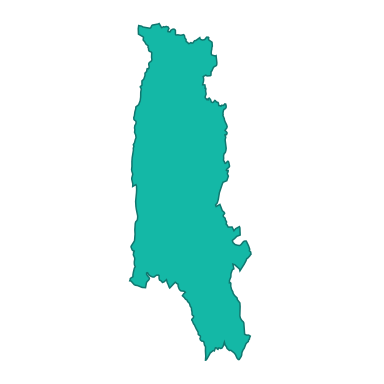 Manjakandriana, Analamanga, Madagascar (Equal Earth projection), rotated 181°
{"feature_id": "10022922B50774823120221", "entity_name": "Manjakandriana", "entity_type": "district", "adm_level": 2, "iso_a3": "MDG", "parent_name": "Madagascar", "parent_adm1": "Analamanga", "projection": "equal_earth", "projection_center": [47.79, -18.821], "detail": "fine", "context": "isolated", "style": "filled", "palette": "teal", "viewbox_px": 384, "rotation_deg": 181, "n_neighbors": 0, "source": "geoboundaries", "source_scale": "gbopen_adm2", "svg_char_len": 6058}
<svg xmlns="http://www.w3.org/2000/svg" viewBox="0 0 384 384"><g transform="rotate(181 192 192)"><path d="M170.3,328.8L171.2,328.4L174.3,329.2L174.9,329.8L175.2,330.9L175.1,333.3L174.7,335.2L174.7,336.6L174.2,338.2L174.6,342.1L177.8,344.3L178.3,345.5L177.9,346.5L178.5,347.1L180.1,347.1L182.0,344.6L184.0,344.1L186.1,344.7L186.5,345.2L186.9,346.5L190.7,343.6L192.1,343.3L193.8,341.0L194.6,340.8L195.7,341.4L197.2,340.4L198.0,340.3L199.1,341.6L199.9,341.9L200.6,342.8L200.6,344.5L201.7,345.7L202.3,348.3L203.1,349.2L205.9,348.5L208.9,348.9L210.7,348.7L211.2,349.2L211.3,350.0L211.4,353.3L211.9,354.0L212.9,354.6L214.3,354.4L215.8,353.5L216.2,353.0L216.5,352.0L217.0,351.6L217.7,352.0L218.7,351.8L218.9,352.0L219.0,352.8L217.9,355.0L218.7,356.5L220.7,357.1L222.1,356.5L223.3,356.8L224.8,355.9L225.3,355.8L227.8,359.9L228.7,359.4L234.6,358.2L235.3,357.4L236.1,355.5L237.0,355.0L243.9,356.1L245.2,356.9L248.2,357.5L248.6,354.4L248.3,348.9L243.8,346.4L243.3,345.9L243.2,345.4L243.5,343.9L243.3,342.7L242.1,341.7L240.5,338.9L238.5,337.5L238.4,337.1L238.5,335.7L237.9,334.8L237.9,333.3L237.5,332.4L237.0,331.9L235.5,331.4L234.7,330.6L234.8,326.0L234.4,323.6L234.9,322.3L236.9,320.7L237.4,319.8L237.5,318.8L237.0,316.4L237.4,314.9L237.7,314.4L238.9,314.6L239.1,314.2L239.5,311.6L240.9,310.3L241.1,309.8L241.0,307.7L242.2,304.0L244.0,302.2L243.9,298.2L244.2,297.5L245.4,296.7L245.6,296.2L244.5,294.2L245.0,290.9L245.0,286.0L245.4,282.3L246.9,278.3L249.6,276.1L249.7,274.2L250.5,271.1L251.0,266.9L251.5,265.6L251.4,263.8L250.9,263.0L249.5,262.0L249.1,261.1L249.3,259.2L250.3,257.4L250.6,255.1L250.2,253.2L250.5,250.7L249.3,248.0L248.9,245.4L249.6,243.5L250.4,240.1L251.5,238.3L250.9,236.6L251.5,234.7L251.3,232.9L252.4,225.3L252.6,221.7L252.5,216.5L252.8,213.4L252.4,211.4L251.8,209.8L251.6,208.4L252.5,204.8L252.4,203.4L251.3,199.0L251.4,196.5L248.2,198.4L247.6,197.1L247.4,193.2L247.5,190.1L248.2,181.6L247.8,176.5L247.3,173.4L245.9,167.1L245.9,165.7L246.1,163.5L246.6,162.5L247.8,161.1L248.2,159.4L248.5,153.0L248.2,148.8L248.6,142.6L248.8,141.9L252.0,136.6L251.9,135.6L250.7,132.9L250.2,132.5L249.1,132.3L248.8,131.9L248.8,131.4L249.4,130.9L249.3,130.1L249.6,128.2L248.2,125.2L248.1,123.8L248.5,121.2L248.4,118.8L248.0,117.4L247.4,116.3L248.3,114.9L249.2,110.8L249.6,108.3L249.6,106.2L252.0,104.6L252.3,104.1L252.3,103.2L252.7,102.1L251.4,101.9L248.2,98.4L247.0,97.8L244.8,97.5L240.2,95.7L236.8,95.5L236.0,100.3L235.5,101.4L233.6,103.5L233.1,104.6L233.1,105.1L233.7,106.0L234.5,106.7L236.0,108.9L236.0,110.3L235.4,110.6L235.0,110.5L233.6,108.3L232.0,107.2L230.1,106.4L228.5,106.3L226.1,108.2L223.9,108.3L223.5,107.8L223.4,104.9L222.9,103.4L221.1,102.4L220.0,101.0L218.3,101.7L216.0,103.9L215.1,100.8L214.3,99.3L213.1,96.3L212.6,95.6L207.2,101.5L206.7,101.2L205.9,100.4L204.4,99.6L204.2,97.5L203.2,94.9L202.4,93.8L201.3,92.9L198.3,92.7L196.9,91.7L198.7,89.8L199.8,88.1L197.8,86.3L196.7,84.8L195.0,83.7L194.5,82.4L192.9,80.9L192.3,79.7L191.8,77.8L190.6,76.2L190.4,74.0L189.9,72.1L189.8,69.5L189.4,68.8L188.4,68.2L188.2,67.2L188.7,66.0L190.0,64.7L190.0,63.9L189.7,63.8L188.1,60.1L187.4,59.4L185.3,55.1L183.5,52.1L183.2,49.6L181.1,48.1L181.0,47.0L181.5,45.6L181.0,44.2L179.7,43.1L178.5,43.0L177.7,42.5L177.4,41.9L176.9,39.3L175.8,37.5L175.8,33.3L175.4,28.1L175.6,24.1L175.2,24.1L174.1,25.4L170.7,31.8L170.4,31.8L168.4,33.6L167.7,33.8L166.9,33.5L165.9,36.6L165.5,36.7L164.5,36.4L164.0,35.4L163.3,35.1L162.7,36.5L161.7,36.5L160.6,36.0L159.3,36.5L158.1,38.5L157.0,42.4L156.1,39.2L154.9,38.1L154.5,36.7L154.0,36.0L151.9,34.2L150.4,34.4L147.2,32.0L145.7,30.2L144.2,26.9L142.9,25.4L142.3,25.2L141.8,25.4L140.0,28.4L139.5,29.8L139.3,32.3L138.2,35.0L137.1,36.6L135.5,41.0L134.6,42.2L133.1,43.5L132.9,44.9L132.0,46.0L132.0,46.9L131.2,48.9L132.2,49.6L133.5,50.0L134.6,49.7L136.9,50.8L137.9,61.9L138.4,63.0L139.9,64.4L141.3,66.5L142.0,68.9L141.9,78.3L142.2,81.9L144.8,85.2L145.1,86.9L147.6,89.2L149.0,91.2L149.5,93.1L150.7,95.1L151.6,98.3L151.6,101.5L152.1,102.0L153.0,101.8L153.0,104.3L151.7,107.7L151.6,111.0L150.6,114.2L149.9,115.4L148.9,115.7L148.8,116.0L149.9,120.6L148.1,120.1L143.2,115.9L142.7,114.0L138.6,120.7L136.9,124.0L136.1,126.3L135.0,127.0L133.0,129.3L132.3,130.7L132.0,130.7L132.0,131.4L132.3,133.1L133.6,134.2L133.3,135.8L134.6,139.3L136.9,143.9L138.4,143.9L139.6,143.4L142.2,140.1L143.5,139.3L145.8,139.6L148.0,140.2L150.2,142.2L150.8,144.3L148.6,146.2L146.4,148.5L143.1,149.8L143.5,157.0L144.0,158.2L147.7,156.1L149.4,154.0L151.3,157.7L155.1,157.5L155.8,158.5L156.2,159.5L157.1,160.2L157.3,160.6L157.0,161.7L157.0,163.0L158.0,164.3L158.4,166.1L158.8,166.8L160.1,167.8L160.4,168.6L160.3,169.4L159.1,171.0L159.0,171.4L160.0,172.8L161.3,173.7L163.9,180.1L167.6,177.9L168.2,179.5L166.6,181.5L165.6,184.9L164.6,191.8L161.8,200.7L161.1,202.3L157.4,203.9L157.1,204.9L155.9,208.5L157.0,210.8L156.8,212.0L156.3,212.7L156.2,214.1L157.4,213.8L158.1,214.4L157.5,215.5L155.3,217.6L154.9,218.5L155.7,222.0L156.1,223.0L156.6,223.4L157.0,223.3L158.7,221.4L159.2,221.2L159.8,221.6L160.2,223.1L160.8,223.6L161.1,224.4L160.9,226.3L161.1,228.8L160.5,231.0L159.8,231.6L159.3,232.4L158.8,234.4L158.6,236.3L159.8,244.8L159.2,247.3L159.9,249.1L160.0,249.9L159.5,250.1L159.1,249.8L158.5,249.9L158.0,251.2L158.0,251.9L158.6,252.7L160.1,254.2L158.3,256.7L158.0,258.0L158.6,259.9L159.9,262.4L160.8,264.5L161.0,265.9L162.5,269.3L162.2,269.8L162.4,271.4L162.2,273.1L161.6,275.1L160.3,275.8L159.5,276.8L159.3,277.7L159.5,279.5L159.9,279.7L159.9,280.5L160.7,280.7L162.0,279.2L162.7,279.1L163.8,279.3L164.5,278.3L164.9,278.3L165.4,278.8L166.7,278.9L167.2,281.5L167.7,282.1L169.1,282.4L170.3,283.8L170.8,284.0L172.1,282.2L173.1,281.8L174.3,282.4L175.1,284.7L176.4,286.2L177.7,285.4L177.8,285.0L177.5,284.5L178.9,284.6L179.2,285.2L180.3,286.3L180.6,287.1L179.6,290.2L180.2,293.4L179.9,295.3L180.1,296.0L180.8,296.0L180.7,297.5L181.0,299.3L183.2,299.4L182.4,303.2L182.3,305.0L182.8,307.6L180.2,309.1L179.0,308.3L175.7,308.6L175.1,309.1L175.0,312.7L174.3,313.3L172.9,316.6L172.1,317.6L169.8,318.9L169.5,319.9L169.4,321.6L170.3,328.8Z" fill="#14b8a6" stroke="#0f766e" stroke-width="1.5"/></g></svg>